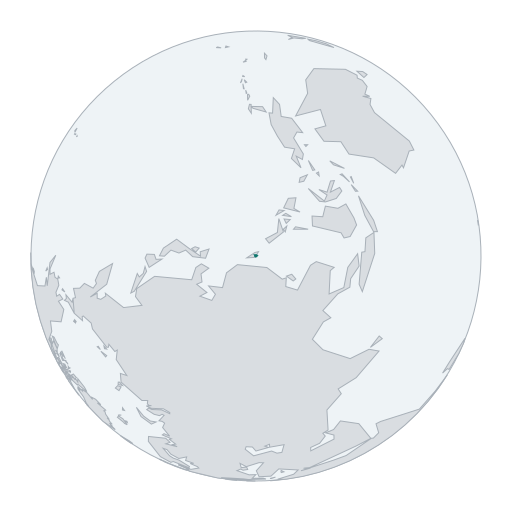 the Earth from above Tainan City, rotated 231°
{"feature_id": "TWN-1160", "entity_name": "Tainan City", "entity_type": "Special Municipality", "adm_level": 1, "iso_a3": "TWN", "parent_name": "Taiwan", "parent_adm1": "", "projection": "orthographic", "projection_center": [120.249, 23.155], "detail": "fine", "context": "on_globe", "style": "filled", "palette": "teal", "viewbox_px": 512, "rotation_deg": 231, "n_neighbors": 0, "source": "natural_earth", "source_scale": "10m", "svg_char_len": 11206}
<svg xmlns="http://www.w3.org/2000/svg" viewBox="0 0 512 512"><g transform="rotate(231 256 256)"><circle cx="256" cy="256" r="225" fill="#eef3f6" stroke="#a8b0b8"/><path d="M443.0,356.2L442.7,357.5L442.5,357.8L443.0,356.2ZM400.5,83.1L392.1,76.6L392.4,76.7L387.8,73.4L387.0,73.3L387.6,74.2L370.5,67.5L365.5,73.1L371.4,79.7L364.2,75.0L380.6,91.8L382.6,100.9L375.6,87.8L371.4,84.4L370.5,88.8L365.9,86.4L362.8,87.4L357.4,84.4L353.7,77.7L350.2,75.8L349.8,79.2L344.1,78.8L345.2,74.0L335.4,73.0L327.5,63.1L334.9,55.4L326.0,49.9L321.5,42.5L317.3,41.7L313.0,39.3L306.6,37.7L307.6,37.4L301.6,36.4L301.9,37.1L299.3,37.0L295.6,36.3L296.2,35.6L298.2,35.9L296.4,35.3L298.3,35.4L295.2,35.0L296.4,34.6L289.7,34.1L286.0,33.1L288.3,33.1L295.3,34.3L308.2,36.8L324.9,41.5L341.2,47.5L357.0,54.6L372.2,63.0L386.7,72.5L400.5,83.1ZM468.0,197.5L466.1,193.1L467.5,194.2L468.0,197.5ZM464.8,191.6L465.5,192.8L464.9,192.0L464.8,191.6ZM464.2,191.8L464.6,191.7L464.3,192.3L464.2,191.8ZM463.6,192.7L463.9,192.0L463.9,192.3L463.6,192.7ZM462.1,192.7L461.6,192.5L461.6,191.4L462.1,192.7ZM388.7,75.1L387.5,73.6L389.9,74.9L391.4,76.3L388.7,75.1ZM383.4,73.9L381.6,72.1L386.9,75.1L386.3,75.1L383.4,73.9ZM376.7,85.5L376.6,83.1L378.3,86.3L376.7,85.5ZM363.4,88.1L364.8,89.7L362.6,89.6L363.4,88.1ZM352.3,85.1L348.3,84.8L351.8,83.9L352.3,85.1ZM300.3,35.1L296.8,34.5L294.4,34.0L300.3,35.1ZM345.5,83.9L335.8,84.0L338.3,87.2L325.9,78.7L338.2,81.1L342.1,79.2L342.3,81.9L345.5,83.9ZM303.6,37.6L303.1,36.9L307.0,38.3L303.6,37.6ZM306.7,38.6L322.3,44.0L321.2,45.1L316.2,42.9L317.5,45.3L309.3,43.2L306.7,41.3L309.1,40.9L304.1,40.5L306.7,38.6ZM320.5,74.3L317.6,73.6L320.0,73.1L320.5,74.3ZM298.6,37.1L301.9,37.9L301.1,38.9L294.5,37.5L296.8,37.6L298.6,37.1ZM321.9,47.3L320.1,48.0L313.0,46.4L311.3,46.5L309.0,43.2L321.9,47.3ZM295.1,37.0L291.1,36.9L288.0,35.9L295.4,36.5L295.1,37.0ZM303.7,39.8L303.0,40.3L301.3,39.5L303.7,39.8ZM274.9,33.0L278.8,33.5L278.8,34.0L274.9,33.0ZM289.8,36.9L290.9,37.3L291.3,37.6L288.1,37.4L289.8,36.9ZM304.1,42.5L301.5,41.8L304.7,43.7L299.5,42.9L298.9,41.0L296.9,41.5L295.3,41.3L296.6,40.0L304.1,42.5ZM286.1,38.3L283.5,36.2L276.3,34.9L276.1,34.4L287.8,36.6L286.1,38.3ZM292.2,39.4L288.4,38.5L290.1,38.0L293.8,38.4L292.2,39.4ZM296.2,43.2L304.3,44.9L304.2,45.3L296.2,43.2ZM283.7,38.0L284.4,38.5L283.0,37.9L283.7,38.0ZM291.9,41.6L294.9,42.0L294.6,42.5L291.9,41.6ZM283.3,39.5L282.5,38.7L284.9,38.7L283.3,39.5ZM287.0,40.5L286.0,41.0L286.3,39.2L288.3,40.6L287.0,40.5ZM291.2,41.9L292.1,42.3L290.1,41.7L291.2,41.9ZM274.5,39.9L274.3,37.7L279.7,37.7L279.2,39.8L274.5,39.9ZM72.3,125.6L65.1,136.8L68.9,132.4L62.7,147.9L63.2,154.1L76.2,139.7L75.5,129.1L82.5,119.5L88.9,121.1L90.6,131.7L93.5,128.3L98.4,115.9L104.9,113.1L100.8,111.3L97.9,115.9L95.3,115.2L97.7,111.1L100.0,110.1L101.2,106.1L90.3,112.9L86.2,118.3L85.6,113.2L78.7,121.9L76.4,123.4L87.1,109.4L90.8,105.9L105.7,89.5L101.8,92.6L87.5,108.6L89.2,106.0L83.8,111.5L89.3,105.4L106.0,88.1L107.6,86.5L131.2,68.4L129.6,69.6L133.9,67.4L131.9,69.6L142.3,64.3L142.7,64.9L136.5,67.7L131.1,71.2L127.2,78.1L129.0,78.0L136.1,74.3L134.1,77.1L141.4,72.6L143.5,75.7L147.2,68.6L155.6,65.1L161.5,65.0L165.0,62.8L155.3,63.1L150.8,64.6L145.9,67.7L134.3,71.8L133.7,70.6L148.4,62.3L149.2,60.0L160.3,55.4L179.7,55.7L183.4,58.9L171.2,71.1L165.3,71.9L166.8,67.7L157.4,74.7L162.0,72.5L160.4,75.2L168.0,73.3L167.2,75.2L175.9,70.6L175.8,72.7L170.3,75.5L181.5,75.5L183.6,79.8L186.5,79.0L189.0,76.9L190.0,84.3L192.1,83.4L192.6,80.6L197.1,77.2L205.4,74.4L205.3,77.1L202.3,78.4L195.8,85.8L187.7,89.7L188.6,90.5L195.5,87.9L203.5,78.8L208.5,76.4L205.5,80.6L207.0,78.9L209.5,78.5L211.8,80.9L215.5,76.4L242.9,71.8L250.1,76.7L244.4,80.4L263.5,82.2L270.2,89.0L270.6,86.2L280.0,86.1L278.0,83.9L279.0,82.6L302.2,83.0L307.6,85.7L318.1,84.0L318.3,82.8L314.9,80.5L325.9,78.7L338.3,87.2L337.2,89.5L345.7,93.8L341.9,98.8L342.7,105.4L333.5,109.2L335.0,114.7L338.2,115.8L342.6,124.6L340.4,139.8L328.0,122.2L328.4,101.4L327.0,109.1L323.1,106.0L320.0,108.1L319.4,114.1L321.9,115.5L299.3,120.6L289.4,136.3L300.3,136.8L305.7,142.8L304.0,164.4L278.0,191.1L284.9,202.0L284.3,208.6L276.2,211.7L276.7,202.0L269.8,197.7L271.4,192.1L258.5,194.9L260.1,187.1L249.3,193.7L251.8,200.4L262.6,200.3L252.5,210.1L261.5,222.5L261.0,236.1L240.2,257.2L221.5,261.8L220.0,265.8L213.5,259.9L203.4,266.8L214.5,292.5L213.7,299.3L198.0,309.6L197.9,304.5L180.5,288.9L176.2,304.4L189.4,320.2L193.8,336.4L183.3,329.8L178.8,315.3L172.7,309.3L175.1,295.7L171.5,273.6L160.9,275.3L162.4,266.9L155.8,247.4L141.0,249.0L117.0,264.6L112.4,285.1L104.7,291.8L98.4,257.3L101.0,236.2L95.3,235.6L91.7,214.2L75.4,202.5L76.2,196.4L72.5,196.5L70.4,187.6L72.8,178.0L70.1,175.9L64.6,201.4L67.8,203.9L74.8,198.8L72.3,207.1L74.7,217.8L61.0,230.4L42.0,230.5L45.3,214.4L57.8,164.5L60.3,160.8L60.6,160.3L61.1,159.3L56.9,164.9L60.8,155.8L48.5,187.9L44.2,200.5L41.7,231.1L40.6,232.6L41.4,240.1L50.1,243.7L49.0,248.7L41.7,267.3L34.2,286.6L38.2,310.1L42.7,328.0L43.2,329.9L38.4,314.2L34.7,298.1L32.2,281.8L30.9,265.4L30.8,248.9L32.0,232.4L34.3,216.1L37.8,200.0L42.5,184.2L48.3,168.7L55.2,153.8L63.3,139.4L72.3,125.6ZM87.1,152.5L91.7,159.1L98.8,146.3L101.2,148.0L102.7,143.2L99.3,145.3L104.5,133.2L109.8,133.0L114.0,128.3L112.6,126.0L102.2,128.4L94.6,145.4L89.6,148.2L87.1,152.5ZM154.3,55.0L150.2,57.1L149.0,57.8L154.3,55.0ZM144.0,60.5L145.2,59.9L159.0,52.9L157.9,53.9L156.2,54.4L154.1,55.7L150.7,57.1L136.2,65.5L132.5,67.7L135.1,65.9L144.0,60.5ZM196.1,39.0L202.1,37.5L192.1,41.2L187.7,42.3L189.9,40.8L196.5,38.8L196.1,39.0ZM279.0,32.0L282.0,32.3L281.8,32.3L279.2,32.1L279.0,32.0ZM277.4,31.7L275.4,31.6L275.7,31.7L281.1,32.8L292.5,34.9L290.8,35.4L286.6,35.3L283.6,34.9L285.7,34.5L280.2,34.3L280.9,33.5L276.7,33.2L266.1,31.2L268.9,31.2L259.2,30.7L259.3,30.7L277.4,31.7ZM246.5,30.9L247.2,30.9L244.1,31.4L249.1,31.1L249.0,31.4L245.1,31.5L251.2,31.6L250.1,32.0L254.9,33.3L264.3,33.9L266.2,34.7L262.0,34.7L266.9,35.5L260.3,36.2L261.6,36.9L256.3,38.6L247.4,38.7L249.5,39.5L245.6,41.2L238.1,41.8L241.7,40.2L230.8,42.2L231.4,40.3L230.1,40.7L227.7,39.6L222.5,39.2L223.9,38.4L221.3,38.6L219.6,38.2L216.5,38.3L217.8,37.1L214.1,37.3L216.8,36.6L210.1,37.4L215.7,36.3L214.1,36.1L209.5,37.3L223.9,33.0L246.5,30.9ZM272.8,40.3L262.0,40.1L257.1,39.2L268.3,36.8L268.1,36.0L275.1,35.1L282.1,36.6L279.5,36.7L278.5,37.2L276.7,36.5L277.5,37.4L273.8,37.6L273.4,38.5L270.0,38.1L272.8,40.3ZM87.2,107.0L85.9,108.6L84.9,110.1L81.5,113.9L87.2,107.0ZM98.2,95.2L97.8,95.6L93.4,100.1L98.2,95.2ZM102.1,91.6L98.2,95.2L101.1,92.5L102.1,91.6ZM136.5,68.2L136.5,68.9L134.7,70.0L132.6,70.8L136.5,68.2ZM205.9,49.7L208.8,48.4L209.9,48.5L217.9,46.8L218.1,48.5L213.3,50.1L205.9,49.7ZM73.5,140.6L70.7,141.9L71.8,139.4L72.5,139.5L73.5,140.6ZM74.3,126.9L71.9,132.0L73.4,127.9L74.3,126.9ZM207.5,51.2L210.8,50.2L208.8,51.7L207.5,51.2ZM218.7,49.6L217.1,51.2L219.1,48.5L218.7,49.6ZM139.8,448.0L144.5,450.8L142.1,449.8L139.8,448.0ZM52.0,340.0L60.5,366.6L57.7,362.6L52.6,352.3L46.3,334.7L48.0,333.9L47.6,327.3L52.0,340.0ZM251.0,377.7L258.0,379.1L257.8,380.0L251.0,377.7ZM243.7,374.0L251.6,374.9L242.4,375.8L243.7,374.0ZM254.7,375.3L262.8,374.1L266.3,372.8L265.7,374.6L254.7,375.3ZM238.3,373.5L209.7,369.9L198.5,365.7L201.0,362.7L219.1,366.1L238.3,373.5ZM200.1,362.5L183.3,349.9L161.4,316.2L169.2,318.4L192.4,340.6L190.8,343.4L201.0,352.8L200.1,362.5ZM241.5,349.7L239.9,358.6L224.0,356.1L216.8,353.7L211.9,341.4L214.6,335.8L220.5,336.7L243.8,318.8L251.8,324.7L244.5,332.6L251.1,341.3L241.5,349.7ZM113.0,287.4L116.3,301.4L112.3,302.1L113.0,287.4ZM253.8,305.1L244.0,313.4L253.2,302.0L253.8,305.1ZM259.6,294.0L259.9,298.8L256.3,293.9L259.6,294.0ZM219.3,272.3L213.1,272.5L213.2,269.2L221.2,267.0L219.3,272.3ZM260.4,247.6L259.4,257.4L257.8,260.7L255.5,254.4L260.4,247.6ZM213.7,67.8L202.3,67.9L194.3,70.0L189.9,73.9L191.2,68.9L203.6,65.6L213.7,67.8ZM239.3,70.8L243.0,68.0L244.7,69.6L244.0,70.5L239.3,70.8ZM239.2,68.8L237.6,64.8L241.9,63.6L242.3,66.9L239.2,68.8ZM222.1,56.8L218.7,56.6L220.4,55.3L222.1,56.8ZM389.8,433.1L391.9,432.8L385.5,438.1L376.7,444.1L368.9,447.8L389.8,433.1ZM327.1,456.5L326.8,452.2L336.1,450.7L332.2,455.0L327.1,456.5ZM395.9,428.4L401.6,422.7L403.9,417.4L403.1,421.6L407.6,419.5L393.8,431.7L395.9,428.4ZM292.9,438.3L248.8,447.5L239.0,445.4L241.2,441.1L231.7,426.1L234.8,426.7L232.4,416.5L258.2,409.2L276.7,392.4L291.4,393.9L302.4,381.0L317.7,381.8L313.2,392.2L329.3,398.3L339.9,374.9L349.9,398.5L361.6,405.5L365.2,418.9L344.8,443.0L332.9,448.3L330.5,446.7L325.6,449.2L317.8,449.0L313.3,442.5L308.5,444.9L313.1,439.4L306.1,444.4L302.0,440.0L292.9,438.3ZM402.4,387.3L404.6,387.3L408.3,390.2L404.6,390.5L402.4,387.3ZM437.2,363.4L438.1,364.8L435.8,366.3L437.2,363.4ZM442.5,357.8L439.7,359.9L443.0,356.2L442.5,357.8ZM414.4,370.9L415.5,372.0L414.6,372.8L414.4,370.9ZM413.5,370.6L414.8,367.9L414.6,370.3L413.5,370.6ZM402.5,360.1L403.9,358.6L404.5,359.4L402.5,360.1ZM268.4,379.9L278.1,373.6L283.5,373.2L268.4,379.9ZM400.4,357.8L396.9,358.2L397.3,356.8L400.4,357.8ZM400.7,354.6L400.3,352.8L402.5,356.8L400.7,354.6ZM393.9,351.5L398.2,354.2L393.4,352.0L393.9,351.5ZM391.4,352.4L388.3,351.4L388.5,350.7L391.4,352.4ZM356.6,358.8L368.2,369.1L359.0,369.7L348.6,363.4L340.6,370.4L322.5,369.9L326.6,365.8L324.1,359.5L305.5,357.0L301.8,352.8L308.3,350.1L296.2,346.5L309.5,344.9L315.0,353.5L322.6,346.7L335.7,348.1L348.6,350.5L359.1,356.2L356.6,358.8ZM309.7,363.7L312.0,363.7L310.0,366.2L309.7,363.7ZM382.3,347.5L386.8,351.0L386.3,352.1L384.1,351.7L382.3,347.5ZM361.5,354.5L372.7,346.6L375.3,346.4L367.9,355.1L361.5,354.5ZM369.9,342.2L375.2,342.7L378.0,346.4L376.9,347.6L369.9,342.2ZM282.4,355.1L281.9,357.5L278.5,355.5L282.4,355.1ZM286.9,353.9L297.3,356.8L285.9,355.9L286.9,353.9ZM255.7,343.7L258.7,349.6L268.1,346.7L260.9,351.4L267.4,361.1L265.3,364.4L258.8,354.0L256.7,364.1L252.5,363.6L250.2,354.6L254.3,344.0L258.5,339.8L275.6,339.1L255.7,343.7ZM286.8,347.0L284.0,340.2L286.1,335.9L289.1,339.5L286.8,347.0ZM276.1,323.7L269.1,315.4L262.5,317.9L276.0,307.8L280.5,317.4L276.1,323.7ZM270.4,306.0L264.3,308.3L270.8,302.3L270.4,306.0ZM262.8,305.5L262.3,300.0L267.1,301.1L262.8,305.5ZM273.6,306.5L275.1,297.2L277.3,302.9L273.6,306.5ZM260.8,287.4L270.7,297.3L257.4,292.4L257.7,274.3L263.4,274.3L260.8,287.4ZM297.9,216.8L297.0,211.6L302.3,210.7L301.5,214.5L297.9,216.8ZM319.0,204.9L303.5,208.9L290.8,212.8L294.4,215.3L291.0,223.9L286.0,215.4L295.3,206.4L304.8,205.1L306.8,198.0L314.1,193.6L313.5,184.7L316.9,181.1L320.4,189.0L319.0,204.9ZM312.8,181.0L314.4,165.8L324.2,168.5L326.1,172.4L321.2,178.0L316.3,176.2L312.8,181.0ZM317.6,163.1L312.9,161.3L305.2,139.2L306.0,135.4L317.1,152.7L313.2,152.1L313.4,157.4L317.6,163.1ZM318.2,75.0L317.7,73.7L319.9,75.0L318.2,75.0ZM277.6,81.4L279.3,79.9L281.8,81.2L277.6,81.4ZM285.1,76.6L281.2,76.2L285.4,75.5L285.1,76.6ZM272.2,75.6L279.6,75.5L272.5,77.3L272.2,75.6Z" fill="#d9dde1" stroke="#a8b0b8" stroke-width="1"/><path d="M255.7,256.9L255.7,256.7L255.5,256.4L255.4,256.4L255.4,256.5L255.3,256.4L255.5,256.2L255.4,256.2L255.4,255.9L255.4,255.7L255.5,255.5L255.5,255.4L255.8,255.4L256.0,255.3L256.1,255.2L256.3,255.1L256.6,255.0L256.8,255.0L257.0,255.3L257.0,255.6L257.3,255.7L257.5,255.7L257.4,255.8L257.3,256.0L257.1,256.2L257.1,256.4L257.0,256.5L256.9,256.5L256.7,256.7L256.7,256.8L256.5,257.0L256.4,257.0L256.2,257.0L255.9,257.0L255.8,256.8L255.7,256.9Z" fill="#14b8a6" stroke="#0f766e" stroke-width="1.5"/></g></svg>